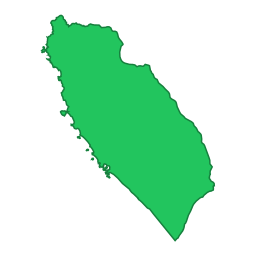 outline of Aceh Jaya, Aceh, Indonesia
{"feature_id": "22746128B21424895456858", "entity_name": "Aceh Jaya", "entity_type": "district", "adm_level": 2, "iso_a3": "IDN", "parent_name": "Indonesia", "parent_adm1": "Aceh", "projection": "robinson", "projection_center": [95.543, 4.811], "detail": "fine", "context": "isolated", "style": "filled", "palette": "green", "viewbox_px": 256, "rotation_deg": 0, "n_neighbors": 0, "source": "geoboundaries", "source_scale": "gbopen_adm2", "svg_char_len": 5617}
<svg xmlns="http://www.w3.org/2000/svg" viewBox="0 0 256 256"><path d="M212.2,166.9L209.9,163.8L209.8,160.3L209.0,157.7L204.6,145.7L203.8,144.3L202.0,142.9L201.5,141.8L201.7,139.0L201.2,135.1L200.7,134.1L199.1,132.4L198.0,131.6L196.4,128.2L194.0,125.7L193.3,123.4L192.8,122.8L191.4,121.7L185.3,118.4L183.9,116.6L180.7,113.9L179.7,112.2L177.2,106.9L176.3,103.0L175.6,101.5L174.4,100.5L171.5,98.9L170.3,97.8L170.0,97.3L169.5,94.0L168.6,92.3L165.2,89.0L163.0,86.5L158.6,82.9L157.1,79.5L155.4,78.6L154.3,77.6L153.1,74.3L151.7,73.0L151.2,71.5L150.4,70.3L149.5,65.8L148.7,65.3L145.2,64.4L143.7,66.0L143.0,66.3L140.1,65.8L138.6,66.0L137.3,66.6L136.7,66.6L135.4,65.3L134.6,64.9L132.6,64.5L129.5,64.4L124.6,63.1L122.9,62.1L121.9,61.2L120.8,59.4L119.9,56.7L119.7,52.0L121.0,46.5L121.3,46.0L122.9,44.6L123.0,44.1L121.6,41.7L119.4,39.0L118.4,37.4L117.5,33.7L116.7,32.0L115.2,31.3L113.2,31.3L112.4,31.0L111.7,30.1L110.8,27.9L109.0,26.8L107.1,26.8L105.8,27.3L101.5,27.6L99.1,25.1L94.3,25.0L91.9,24.5L90.6,24.0L89.1,24.6L87.6,26.2L86.1,26.2L85.1,26.6L84.7,26.5L83.8,25.6L83.3,26.1L82.2,25.9L81.7,25.2L80.6,25.0L79.6,24.3L77.0,24.2L76.6,23.3L76.2,23.0L74.3,23.8L73.5,23.5L72.2,23.6L71.0,25.0L68.7,26.5L68.7,25.4L68.2,24.8L67.9,24.5L67.2,24.8L66.3,24.1L66.5,22.3L65.3,21.7L65.3,20.5L64.4,19.7L63.6,19.4L63.4,19.0L63.2,17.2L62.6,16.3L61.6,15.5L61.0,15.4L60.0,15.6L57.8,17.3L56.4,17.6L56.3,18.1L56.6,19.0L55.6,19.7L55.1,20.4L54.6,20.6L52.9,20.5L51.6,21.2L50.8,23.0L51.8,24.2L51.9,25.4L53.0,26.9L52.6,27.9L53.0,29.2L52.6,29.6L53.5,31.0L52.5,31.9L52.3,32.6L53.2,33.5L53.2,33.9L51.2,34.5L50.9,34.8L50.2,36.0L48.7,36.6L47.7,37.6L47.3,37.4L47.8,38.7L47.5,39.7L47.5,40.9L47.2,41.8L47.4,42.7L47.1,43.3L47.0,44.5L46.4,44.4L46.2,44.6L46.8,45.2L47.3,46.4L48.0,46.5L48.3,47.1L47.8,47.3L47.1,48.5L46.7,48.2L46.3,49.1L45.6,49.6L44.9,49.7L43.6,49.3L42.8,49.6L41.7,50.7L42.1,50.9L42.3,51.6L42.0,52.4L42.3,52.5L43.4,51.9L44.0,52.1L45.7,50.4L46.6,50.7L46.5,51.4L46.8,52.2L47.7,52.7L48.6,54.0L48.5,54.9L48.3,55.0L48.8,55.1L49.4,56.1L50.2,56.2L50.5,56.9L50.2,58.4L49.5,59.5L48.2,59.1L47.6,59.3L47.1,59.1L47.2,59.3L48.7,60.1L49.5,59.9L50.0,60.2L50.1,60.5L49.9,60.8L50.3,60.9L50.6,61.7L50.3,62.0L50.4,62.6L50.6,62.7L51.1,62.4L51.5,62.7L51.8,63.7L52.6,64.9L53.2,67.2L54.0,67.5L54.7,66.8L55.1,67.2L55.9,67.3L57.0,67.9L57.8,68.9L58.6,70.3L58.9,69.9L59.8,70.1L60.8,71.7L61.2,74.3L60.8,76.3L60.9,76.5L59.8,77.0L58.6,76.6L58.1,76.7L58.1,77.0L59.0,77.8L58.9,78.0L58.3,78.2L58.3,78.9L58.7,79.3L58.8,80.3L59.1,80.5L59.8,80.5L60.3,79.9L61.2,80.6L61.7,83.0L62.6,84.3L62.4,86.1L64.0,87.4L64.1,88.9L63.9,89.7L63.1,90.3L62.7,91.7L61.3,92.9L61.9,94.6L61.9,95.5L62.9,97.0L62.9,97.9L63.4,99.1L63.4,100.0L63.9,100.3L65.2,100.2L66.0,101.6L66.6,104.7L68.8,106.8L68.1,107.6L67.2,110.1L67.1,110.5L67.3,111.5L67.6,111.6L67.1,111.7L67.7,112.1L67.6,112.5L68.1,113.2L69.5,114.2L70.7,116.1L72.2,116.8L74.2,121.5L74.2,122.7L73.8,123.9L72.1,124.6L71.2,124.3L71.2,125.5L72.8,125.8L73.5,126.3L74.4,128.3L75.4,128.8L76.5,128.9L77.3,128.4L77.9,128.4L78.8,129.0L79.9,130.9L80.4,133.3L80.4,134.2L79.9,134.9L82.5,136.4L84.6,138.3L87.8,141.8L90.2,145.1L89.8,146.0L89.9,146.7L90.5,146.7L92.0,148.5L93.6,151.3L93.7,152.7L93.4,153.3L93.0,153.5L92.9,153.2L92.2,152.9L91.9,153.4L91.6,153.4L92.0,153.6L92.4,154.7L93.0,154.5L95.8,156.9L97.3,158.8L98.0,160.3L97.9,161.5L98.3,163.2L98.8,162.7L99.8,162.8L100.1,163.4L99.4,164.3L99.8,165.4L99.5,165.6L99.3,166.6L99.6,167.3L99.8,167.4L100.0,166.7L100.4,166.5L101.1,167.0L102.2,167.2L103.0,167.0L103.0,166.8L103.6,166.9L103.2,165.9L103.8,165.3L103.7,164.4L104.6,163.9L105.9,164.3L106.5,164.8L106.9,165.7L107.8,165.6L109.3,166.1L109.6,166.6L109.8,167.4L109.6,168.9L110.2,168.7L109.1,169.7L108.8,170.1L108.3,169.9L106.9,170.3L107.2,171.3L107.6,171.7L106.8,172.4L106.4,172.4L106.2,172.0L105.4,172.3L105.4,172.6L105.9,173.1L105.8,173.8L106.4,173.9L107.1,173.6L107.9,174.3L108.9,174.6L109.1,174.4L109.0,173.8L108.6,173.3L109.1,172.7L110.3,172.5L113.8,174.5L118.0,178.3L122.5,183.5L129.7,189.4L129.9,190.1L131.6,192.3L133.8,194.1L137.3,197.5L137.8,198.3L138.3,198.3L138.4,199.2L138.8,199.7L139.9,200.4L142.0,202.3L147.2,207.8L148.3,208.5L149.6,208.9L153.4,213.9L175.1,240.6L176.9,238.6L178.0,238.0L179.3,235.5L182.8,230.7L182.8,230.1L183.3,229.7L184.0,227.5L184.6,224.0L185.5,223.2L186.4,221.3L188.4,215.2L190.7,210.8L192.9,205.5L193.9,203.8L196.3,201.0L199.9,198.0L201.5,197.2L202.7,197.1L204.0,195.2L207.2,192.5L209.7,191.2L211.0,191.1L213.3,190.0L213.4,188.5L213.2,186.5L213.5,185.8L214.3,185.8L214.1,183.4L213.2,182.3L211.0,181.1L210.6,180.2L209.6,178.9L209.5,178.1L209.2,177.9L209.8,175.1L210.2,174.6L210.3,173.9L210.0,173.4L210.2,171.0L212.2,166.9ZM63.2,111.1L62.0,110.8L61.6,111.0L60.6,111.6L60.6,112.1L61.6,114.1L62.5,115.1L63.8,115.4L64.3,116.0L64.5,115.9L66.1,113.4L66.0,111.6L64.9,110.9L63.2,111.1ZM79.7,137.6L79.8,136.9L79.7,136.6L77.8,136.8L77.5,137.1L77.8,137.8L78.4,137.7L79.6,138.4L80.1,138.3L80.1,138.1L79.7,137.6ZM106.3,168.5L107.2,167.8L107.2,167.3L106.3,166.9L105.7,167.4L105.9,168.4L106.3,168.5ZM103.9,170.3L104.3,170.0L104.2,169.4L103.9,169.1L103.9,168.1L103.4,168.4L103.1,169.1L103.3,169.9L103.9,170.3ZM88.4,149.6L88.0,149.4L87.3,149.8L87.1,149.5L86.7,149.8L86.4,150.5L86.8,150.7L87.3,150.1L88.2,150.4L88.4,150.2L88.4,149.6ZM44.3,48.0L44.4,47.3L43.6,46.8L43.1,47.1L43.1,47.7L44.3,48.0ZM93.1,158.3L92.2,158.4L91.8,159.2L92.4,159.0L92.7,159.1L92.8,159.7L93.3,159.5L93.4,159.0L93.1,158.3ZM105.5,170.4L105.7,169.9L105.4,169.2L105.1,169.1L104.9,170.2L105.5,170.4ZM107.7,176.8L107.9,176.0L107.1,175.6L106.9,176.5L107.7,176.8ZM109.3,177.9L109.8,177.6L109.3,176.7L109.0,177.7L109.3,177.9Z" fill="#22c55e" stroke="#15803d" stroke-width="1.5"/></svg>